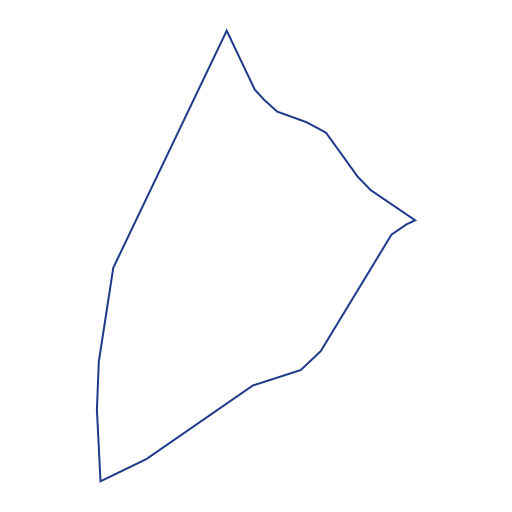 the border of Bissau
{"feature_id": "GNB-769", "entity_name": "Bissau", "entity_type": "Autonomous Sector", "adm_level": 1, "iso_a3": "GNB", "parent_name": "Guinea-Bissau", "parent_adm1": "", "projection": "natural_earth1", "projection_center": [-15.605, 11.885], "detail": "fine", "context": "isolated", "style": "outline", "palette": "blue", "viewbox_px": 512, "rotation_deg": 0, "n_neighbors": 0, "source": "natural_earth", "source_scale": "10m", "svg_char_len": 362}
<svg xmlns="http://www.w3.org/2000/svg" viewBox="0 0 512 512"><path d="M415.1,220.3L406.4,224.4L391.5,234.6L320.7,351.2L300.8,370.0L252.8,385.5L146.3,459.1L100.5,481.3L96.9,409.6L98.8,361.6L113.3,267.7L226.7,30.7L254.8,89.7L264.1,99.8L277.2,111.6L306.7,122.3L326.0,132.7L357.7,176.7L370.8,190.2L415.1,220.3Z" fill="none" stroke="#1e3a8a" stroke-width="2"/></svg>